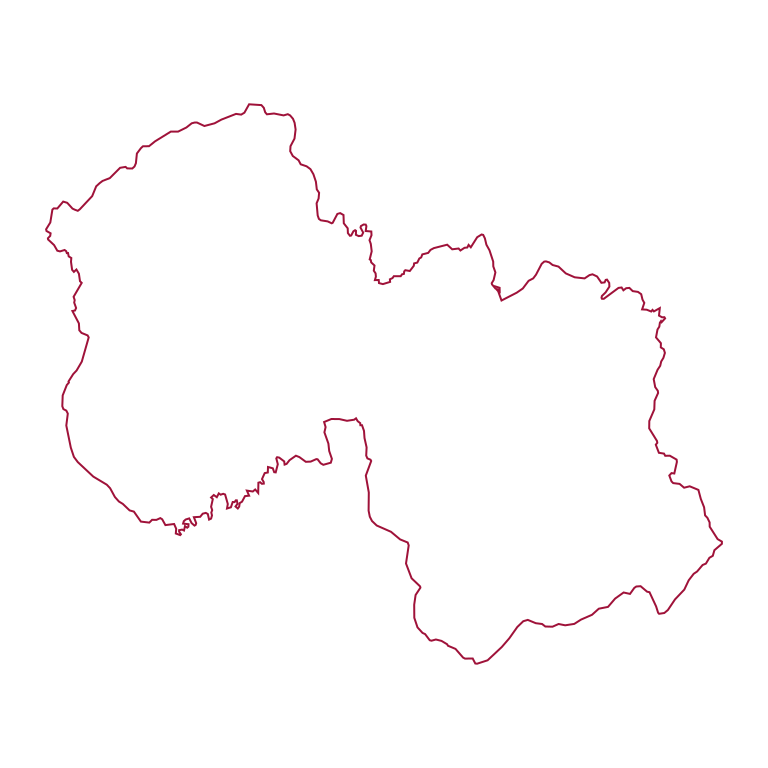 outline of El Peñón, Santander, Colombia
{"feature_id": "7082276B75718828984625", "entity_name": "El Peñón", "entity_type": "district", "adm_level": 2, "iso_a3": "COL", "parent_name": "Colombia", "parent_adm1": "Santander", "projection": "equal_earth", "projection_center": [-73.929, 6.097], "detail": "fine", "context": "isolated", "style": "outline", "palette": "rose", "viewbox_px": 768, "rotation_deg": 0, "n_neighbors": 0, "source": "geoboundaries", "source_scale": "gbopen_adm2", "svg_char_len": 6052}
<svg xmlns="http://www.w3.org/2000/svg" viewBox="0 0 768 768"><path d="M52.4,209.6L50.3,222.5L46.1,229.3L46.5,231.0L50.6,233.3L50.2,235.9L47.9,238.3L48.1,239.5L54.1,245.1L57.3,250.7L60.0,251.4L64.6,250.0L66.2,251.2L66.8,253.1L68.0,253.0L68.7,256.4L71.3,258.0L71.0,261.8L72.1,269.8L73.9,271.9L76.4,269.5L78.9,273.7L80.0,281.2L81.7,282.9L73.6,296.8L74.7,300.1L74.2,302.6L76.1,308.0L75.0,310.5L72.4,311.0L78.9,323.4L79.3,330.3L81.5,332.9L87.6,335.4L88.7,337.4L81.8,361.6L76.6,370.5L73.2,374.1L68.5,381.5L68.9,382.6L66.8,385.0L62.7,395.4L62.3,406.2L63.4,409.1L66.3,410.6L67.8,413.6L66.3,425.5L70.8,447.6L73.9,456.9L77.8,462.1L93.3,476.6L106.8,484.7L110.1,488.2L114.9,497.0L118.9,501.5L122.8,503.9L129.6,510.4L133.9,511.6L140.9,521.6L149.3,522.6L152.1,519.8L156.4,519.9L160.3,518.1L162.2,519.3L165.4,525.1L174.1,524.0L176.2,528.8L175.8,533.5L180.2,535.1L180.9,534.3L179.1,531.6L179.1,530.2L182.1,529.6L184.0,530.5L185.0,526.1L187.2,527.7L188.4,526.7L188.5,524.2L183.1,523.6L183.8,521.2L185.7,519.5L189.2,518.4L191.6,523.1L194.5,525.6L195.6,525.0L196.2,523.2L193.9,517.2L200.2,516.8L202.7,513.7L205.8,512.9L207.8,514.0L209.1,519.6L211.1,518.6L212.0,515.4L211.3,512.6L212.2,510.1L211.1,506.8L212.8,499.1L211.1,497.5L213.8,495.0L216.8,497.2L218.8,493.4L220.6,494.7L223.2,493.8L225.1,494.5L227.8,504.0L227.0,508.5L230.9,507.3L232.7,502.0L234.6,502.1L235.8,500.3L236.8,500.3L237.5,503.8L235.5,506.5L237.8,508.5L239.2,506.6L239.7,503.1L242.0,501.7L245.0,496.1L249.1,495.7L246.9,490.6L252.8,491.5L255.2,489.5L258.2,493.0L258.4,482.7L260.1,482.2L261.9,483.8L263.8,483.6L263.7,482.0L262.0,479.1L264.7,473.1L267.8,472.5L268.0,467.0L272.8,468.3L274.2,472.2L275.7,472.4L277.8,464.2L276.3,458.4L277.1,457.2L279.2,457.6L284.2,461.4L284.6,464.6L286.6,463.9L289.5,460.2L295.9,455.7L299.4,457.1L305.8,461.8L310.7,461.6L316.3,459.1L317.6,459.3L320.7,463.3L323.3,464.8L330.8,462.7L331.9,458.9L329.2,451.0L328.4,443.6L324.4,432.3L325.6,427.1L324.1,422.0L331.4,419.0L339.5,419.1L347.0,420.8L354.2,419.7L356.0,418.3L357.7,421.2L360.2,423.1L360.4,425.2L362.0,425.2L364.0,430.9L364.5,438.0L366.6,447.4L366.2,455.6L367.4,458.4L370.5,459.7L371.2,461.0L365.8,475.6L368.8,492.5L368.6,510.7L369.8,516.7L372.0,521.0L376.7,525.5L391.0,531.8L400.1,539.4L407.7,542.5L408.7,545.4L406.0,563.5L411.6,578.3L420.1,586.4L420.4,587.7L415.6,595.0L414.2,604.7L414.3,617.8L417.5,627.4L422.5,632.9L425.1,634.1L429.7,640.2L431.5,640.7L435.9,639.5L441.5,640.9L447.2,644.3L447.9,645.7L455.5,648.9L463.1,657.6L465.0,658.6L472.7,658.5L475.3,663.5L477.1,663.7L487.6,660.3L501.8,647.0L509.3,638.3L517.3,627.0L523.3,621.2L527.8,619.9L535.8,623.2L542.1,624.0L545.3,626.5L552.5,626.7L558.6,624.0L565.2,625.3L574.3,623.9L581.0,619.6L592.0,614.8L598.8,608.7L608.0,606.9L615.1,598.6L623.6,592.5L630.0,593.9L634.3,587.9L636.3,586.5L640.6,586.2L647.1,591.7L649.5,592.2L656.1,606.4L658.1,612.7L659.1,613.8L664.3,613.0L667.9,610.0L675.0,599.4L684.3,589.6L688.7,580.3L693.7,573.8L697.1,571.5L702.6,565.0L705.9,563.6L709.4,557.8L712.8,555.8L714.4,550.2L721.9,543.8L721.9,541.6L717.6,539.1L709.7,526.7L709.6,522.4L707.4,517.8L705.1,515.4L704.1,507.3L700.8,498.9L698.4,489.9L689.7,486.3L684.1,487.7L679.6,483.9L673.2,483.1L671.5,481.4L669.3,475.5L671.5,473.1L674.3,473.5L676.9,461.9L676.6,459.6L669.8,455.7L665.2,455.8L664.0,453.6L658.9,452.8L655.8,444.7L657.3,442.8L657.0,441.0L649.2,428.4L649.3,421.0L654.3,409.4L654.6,400.8L658.1,393.0L657.8,390.8L655.2,387.1L653.7,379.1L657.6,369.7L660.2,365.8L661.2,361.5L663.4,357.9L664.9,352.9L663.8,349.3L660.8,347.4L660.9,343.2L656.0,337.4L657.5,329.5L659.3,326.7L659.9,322.7L661.0,321.1L661.6,322.2L665.1,318.4L664.4,317.2L662.1,317.3L659.0,315.6L659.8,308.1L653.9,311.4L652.5,309.9L651.2,311.5L646.7,309.7L642.1,309.4L644.3,302.9L642.5,299.6L641.2,294.2L638.0,291.9L632.7,291.1L629.4,287.9L626.2,288.2L623.4,290.3L621.6,287.5L618.5,287.9L603.8,298.8L602.0,298.8L601.5,297.8L601.9,296.0L605.6,292.4L609.4,286.6L609.2,282.9L607.0,279.6L605.7,279.9L604.6,282.4L601.4,282.8L597.1,276.5L592.5,274.3L589.5,275.1L584.6,278.4L574.7,277.3L565.8,273.4L558.5,266.6L552.6,265.0L549.3,262.4L546.0,261.4L544.2,261.6L541.7,263.8L536.0,274.7L533.2,278.4L528.6,280.8L522.8,288.5L516.7,292.7L501.5,300.5L498.2,291.3L496.2,289.0L498.6,289.8L498.8,288.9L499.0,292.2L499.7,292.3L499.6,287.8L494.9,286.3L494.6,287.5L492.0,284.4L491.7,283.2L493.6,280.1L495.4,272.4L493.3,266.4L493.2,261.6L489.5,250.3L486.4,244.7L484.9,238.4L483.2,234.9L481.6,234.5L477.2,237.2L470.8,247.3L468.6,244.9L467.3,247.5L464.5,247.8L460.4,250.5L458.6,248.5L452.2,249.3L447.2,244.7L433.9,248.1L430.5,249.9L428.2,252.9L422.3,254.4L421.2,257.4L419.3,258.5L417.3,262.6L414.1,263.4L413.8,265.8L409.8,271.0L405.3,270.2L404.2,271.4L403.9,273.9L402.0,274.3L400.7,276.2L393.8,276.2L392.5,278.1L389.9,279.3L390.1,281.9L382.9,284.1L379.0,283.1L378.7,280.0L374.9,280.1L375.9,276.6L375.6,273.4L373.8,270.7L374.5,265.5L371.2,262.4L370.8,260.1L369.7,259.4L371.7,251.3L370.8,243.9L369.5,240.2L371.5,235.2L371.3,231.5L365.7,231.0L366.4,226.1L365.7,224.6L363.6,224.5L360.9,226.1L360.5,227.6L363.2,232.6L361.7,235.7L358.7,236.1L355.9,234.8L356.0,230.8L355.1,230.2L353.4,231.3L351.2,235.5L350.0,235.8L347.9,233.1L347.7,228.3L343.8,223.3L343.5,215.0L340.1,213.1L337.4,213.9L332.7,222.8L331.7,223.3L327.7,221.4L320.8,220.3L318.9,218.9L317.7,215.5L316.6,203.3L318.6,198.5L319.1,192.8L316.8,189.4L315.9,181.7L313.4,174.2L310.4,169.1L306.6,166.3L300.7,164.3L298.6,160.3L292.8,156.0L290.2,151.2L290.5,146.2L294.5,138.6L295.6,129.5L294.6,122.8L293.0,118.8L290.1,115.4L287.8,114.2L283.6,115.4L274.0,113.5L266.9,114.3L265.2,112.3L263.8,107.8L261.4,105.1L249.1,104.3L244.4,112.7L241.2,114.6L236.0,113.9L221.4,119.6L214.6,123.3L204.4,126.0L196.9,122.5L194.8,122.5L191.7,123.3L186.4,127.5L178.1,131.6L170.8,131.6L155.1,141.3L149.0,146.2L142.9,146.3L140.9,148.2L136.9,153.5L135.9,163.2L134.5,166.5L132.3,168.5L127.2,168.4L125.6,166.9L120.1,167.8L109.8,178.1L102.6,180.9L99.7,183.1L96.2,186.3L92.2,196.1L79.8,209.3L77.8,210.8L74.8,209.7L72.5,208.6L67.2,202.8L63.2,201.6L57.3,208.5L53.7,208.4L52.4,209.6Z" fill="none" stroke="#9f1239" stroke-width="2"/></svg>